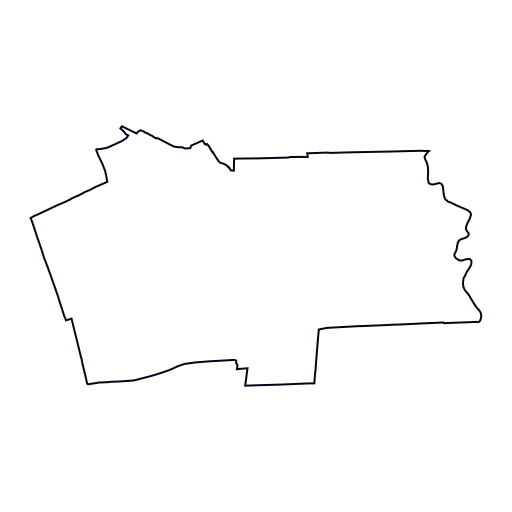 Foltesti, Galati, Romania
{"feature_id": "2599482B44549588747866", "entity_name": "Foltesti", "entity_type": "district", "adm_level": 2, "iso_a3": "ROU", "parent_name": "Romania", "parent_adm1": "Galati", "projection": "orthographic", "projection_center": [28.087, 45.725], "detail": "fine", "context": "isolated", "style": "outline", "palette": "ink", "viewbox_px": 512, "rotation_deg": 0, "n_neighbors": 0, "source": "geoboundaries", "source_scale": "gbopen_adm2", "svg_char_len": 5035}
<svg xmlns="http://www.w3.org/2000/svg" viewBox="0 0 512 512"><path d="M428.9,151.1L428.5,151.0L427.7,151.0L419.8,150.8L387.6,151.6L376.6,151.8L376.4,151.8L367.7,152.0L351.6,152.3L340.7,152.6L331.2,152.9L326.5,152.6L307.2,153.3L307.8,156.9L290.0,157.0L288.1,157.6L283.9,157.7L278.4,157.8L272.3,158.0L256.4,158.4L256.2,158.4L243.2,158.5L240.6,158.5L239.9,158.5L235.9,158.7L234.1,158.6L233.9,167.6L233.9,170.6L232.7,170.6L230.8,170.3L230.7,170.2L229.6,168.3L228.7,167.0L228.3,167.4L226.3,165.1L224.6,164.2L221.9,163.2L219.9,162.6L219.2,161.8L216.2,157.7L212.9,152.1L212.5,152.4L208.9,146.2L208.4,145.5L208.1,145.4L207.2,144.1L206.5,144.6L206.4,144.7L205.5,143.9L204.9,144.2L204.1,143.0L203.4,141.7L202.7,140.5L191.2,145.6L190.4,147.9L189.2,148.2L187.2,148.4L185.5,148.5L184.5,148.3L183.6,147.9L183.1,147.6L181.8,147.2L179.8,147.3L177.4,147.1L174.6,146.7L173.9,146.5L172.6,145.9L172.0,145.6L165.6,142.3L164.1,141.6L160.7,139.7L158.1,138.4L157.6,138.3L156.4,138.2L156.2,138.4L154.9,137.8L154.0,137.2L152.7,136.2L152.3,135.9L149.8,134.8L148.3,133.9L147.0,133.2L146.8,133.0L146.5,132.9L146.2,132.9L144.9,132.4L144.5,132.1L142.9,131.1L141.8,130.7L141.1,130.6L140.6,130.6L140.3,130.3L140.1,130.4L139.1,131.0L137.9,131.9L137.3,132.5L136.6,133.5L122.0,126.3L120.4,128.3L124.2,131.9L124.6,132.6L125.9,134.2L128.2,135.4L127.6,136.3L126.2,138.3L121.5,141.2L120.6,141.8L120.0,141.9L117.4,143.1L115.3,144.1L113.5,144.9L112.3,145.4L111.3,145.9L109.4,146.8L109.1,146.9L107.1,147.7L105.5,148.1L102.8,148.6L100.1,149.0L98.9,149.1L96.7,149.3L96.2,149.7L96.3,150.3L98.4,155.7L102.2,163.5L105.1,170.8L106.1,175.2L106.8,179.2L107.3,181.7L105.0,182.9L96.1,186.7L95.1,187.2L92.6,188.5L91.2,189.3L88.7,190.5L86.6,191.3L85.3,191.8L84.4,192.3L82.6,193.3L79.8,194.8L79.6,194.9L78.1,195.7L75.6,196.6L73.6,197.6L72.9,197.9L71.2,198.7L69.9,199.7L68.3,200.3L66.2,201.4L64.8,202.0L62.1,203.2L61.9,203.2L60.0,204.1L56.7,205.5L48.5,209.4L43.4,211.8L41.5,212.7L39.6,213.6L38.6,214.1L37.5,214.6L35.5,215.4L33.6,216.2L33.0,216.6L30.7,218.0L30.8,218.1L30.9,218.6L31.1,219.1L32.9,224.0L33.5,225.9L35.3,231.2L36.0,233.5L36.7,235.8L37.6,238.4L38.7,241.4L40.1,245.5L41.2,248.6L44.5,259.1L44.8,259.7L46.4,263.8L48.0,268.0L48.8,270.5L50.1,273.8L50.2,274.0L50.5,274.9L52.1,279.5L55.2,288.2L56.5,292.1L57.9,296.0L59.5,301.4L59.6,301.6L59.8,302.2L61.5,307.4L63.3,313.0L64.1,315.7L65.0,317.7L66.0,320.4L71.5,318.6L73.3,325.8L74.0,328.8L76.5,338.8L77.5,342.8L81.0,357.3L81.3,358.0L81.6,358.9L81.7,359.6L81.9,360.6L82.7,364.7L84.1,370.6L84.2,371.1L84.3,371.3L84.3,371.5L85.1,374.6L85.7,377.2L86.3,379.8L86.8,382.1L87.1,383.4L87.3,384.5L87.3,384.4L95.1,383.2L98.0,382.7L99.0,382.5L103.0,382.4L108.8,382.1L110.5,381.8L116.8,381.6L119.2,381.5L133.3,380.5L135.2,380.1L150.0,376.3L156.5,374.4L162.8,372.3L169.1,370.2L178.1,366.1L184.6,363.9L193.7,362.7L194.7,362.5L210.8,361.2L211.4,361.2L222.3,360.6L222.5,360.6L233.9,359.9L236.2,360.5L236.1,363.1L237.3,364.8L237.4,366.4L236.9,369.2L239.6,368.9L247.5,368.3L245.2,385.7L259.2,385.2L270.0,384.9L273.1,384.8L282.9,384.5L286.6,384.3L292.0,384.1L306.4,383.5L310.0,383.4L314.3,383.4L315.0,374.5L315.5,369.6L315.6,369.3L315.9,364.3L318.0,338.2L318.6,332.2L318.8,329.5L326.7,327.9L355.8,326.3L356.0,326.2L356.3,326.2L361.0,326.1L371.3,325.7L385.4,325.1L393.2,324.7L399.8,324.5L414.8,323.8L419.9,323.5L424.9,323.3L429.2,323.1L432.0,323.0L443.4,322.5L443.8,323.1L445.4,323.1L447.4,323.0L474.8,322.0L478.9,321.9L479.6,321.2L480.0,320.8L480.4,320.0L480.7,319.0L481.1,316.8L481.3,315.6L480.7,312.9L479.9,311.4L479.2,310.4L477.0,307.9L475.6,306.1L473.8,303.3L472.0,300.4L470.3,297.4L469.2,295.4L468.5,294.5L467.1,292.8L465.6,291.1L464.3,289.1L463.5,287.1L463.2,285.9L463.0,282.5L463.3,280.2L463.6,278.0L464.8,276.2L465.3,275.2L466.7,272.1L468.0,270.2L469.1,268.4L470.3,266.5L471.2,264.4L471.4,263.4L471.4,261.1L470.9,260.0L469.9,259.3L469.0,258.9L467.8,259.0L465.5,259.4L463.4,260.1L461.1,260.6L458.9,260.2L456.0,258.2L455.3,257.5L454.4,255.5L454.3,254.5L454.8,253.4L456.3,250.6L456.8,248.4L457.1,246.2L457.6,244.0L457.7,242.9L459.2,240.4L460.2,239.6L461.4,239.2L462.3,238.7L463.6,238.5L465.6,237.7L466.5,237.2L467.5,236.5L468.3,235.6L468.7,234.5L468.6,233.3L466.7,230.7L466.2,229.7L465.9,228.6L466.0,227.4L466.3,226.2L466.7,225.3L467.4,223.2L468.4,221.2L469.6,219.1L470.3,216.9L470.7,215.9L471.0,214.8L470.5,212.7L468.8,211.0L467.8,210.4L466.9,209.9L464.8,208.9L462.8,208.1L460.0,206.9L458.1,206.1L456.3,205.3L454.3,204.3L452.6,203.4L449.6,202.1L448.6,202.0L447.7,201.3L446.2,199.9L445.3,199.4L444.8,198.3L444.5,197.3L443.9,195.3L443.6,193.0L443.4,190.9L443.1,188.6L442.8,186.4L442.4,185.4L441.9,184.5L441.2,183.8L440.3,183.3L439.2,183.1L437.3,183.4L435.7,183.9L434.7,184.2L432.3,184.5L430.1,184.0L429.4,183.5L428.6,182.9L428.4,181.3L427.9,179.1L427.9,177.9L428.0,174.7L428.1,172.4L428.1,170.1L428.0,167.9L427.8,166.8L427.4,164.7L427.0,163.5L426.7,162.6L426.5,162.1L426.1,161.2L425.3,159.4L424.7,157.7L424.6,156.7L425.0,155.9L425.5,155.1L426.6,153.5L428.0,151.8L428.4,151.4L428.6,151.3L428.9,151.1Z" fill="none" stroke="#020617" stroke-width="2"/></svg>